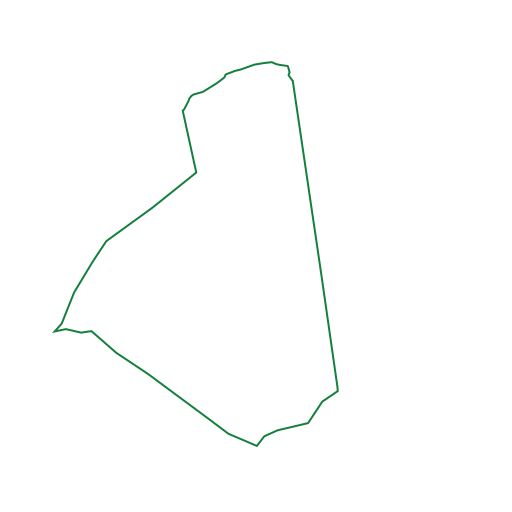 the district of Barnwell, South Carolina, United States of America, rotated 124°
{"feature_id": "52423323B69510084173682", "entity_name": "Barnwell", "entity_type": "district", "adm_level": 2, "iso_a3": "USA", "parent_name": "United States of America", "parent_adm1": "South Carolina", "projection": "robinson", "projection_center": [-81.514, 33.292], "detail": "fine", "context": "isolated", "style": "outline", "palette": "green", "viewbox_px": 512, "rotation_deg": 124, "n_neighbors": 0, "source": "geoboundaries", "source_scale": "gbopen_adm2", "svg_char_len": 766}
<svg xmlns="http://www.w3.org/2000/svg" viewBox="0 0 512 512"><g transform="rotate(124 256 256)"><path d="M413.0,149.1L400.8,148.3L388.5,140.7L365.4,119.4L339.6,119.6L322.3,112.7L319.2,115.1L235.7,190.7L90.2,323.5L90.3,323.7L88.0,329.9L86.7,330.6L85.0,330.8L80.9,335.6L80.9,336.2L84.3,343.2L85.7,346.9L86.5,351.3L91.3,357.0L98.2,364.3L110.0,373.0L114.3,376.9L121.9,382.3L122.8,382.6L124.8,382.1L126.5,382.3L134.6,385.1L149.8,391.9L157.0,398.1L159.5,399.1L162.6,399.3L165.6,398.6L174.4,397.6L176.0,397.8L176.5,398.0L220.2,352.2L273.9,368.9L327.3,388.4L343.6,388.3L352.1,388.2L388.0,386.4L420.6,379.3L431.1,380.7L423.0,372.8L417.3,358.1L410.3,350.4L414.4,317.8L414.2,279.5L417.6,202.2L418.8,179.4L413.0,149.1Z" fill="none" stroke="#15803d" stroke-width="2"/></g></svg>